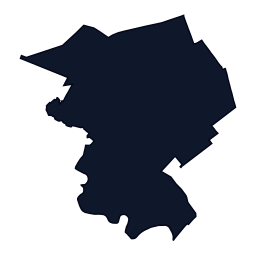 Mihaileni, Botosani, Romania
{"feature_id": "2599482B73560952630788", "entity_name": "Mihaileni", "entity_type": "district", "adm_level": 2, "iso_a3": "ROU", "parent_name": "Romania", "parent_adm1": "Botosani", "projection": "orthographic", "projection_center": [26.143, 47.957], "detail": "fine", "context": "isolated", "style": "filled", "palette": "ink", "viewbox_px": 256, "rotation_deg": 0, "n_neighbors": 0, "source": "geoboundaries", "source_scale": "gbopen_adm2", "svg_char_len": 5540}
<svg xmlns="http://www.w3.org/2000/svg" viewBox="0 0 256 256"><path d="M173.1,240.6L175.3,237.6L185.3,225.5L185.8,225.1L186.9,223.9L187.5,223.8L188.0,224.2L188.4,224.4L190.4,222.1L192.5,219.7L194.2,218.0L195.8,216.5L195.6,213.3L187.8,202.5L187.2,200.2L186.7,197.8L185.9,195.6L181.1,189.1L176.1,184.1L170.9,177.1L161.0,171.4L175.0,156.2L175.7,156.7L182.1,164.4L180.2,166.7L181.0,167.4L182.7,165.2L183.0,165.4L211.7,143.5L209.0,139.9L217.8,133.3L215.4,130.8L214.2,129.0L213.3,127.9L211.9,126.4L211.5,125.7L235.5,107.3L234.6,103.9L233.7,101.2L233.1,98.7L232.4,96.0L231.8,93.4L231.0,90.8L230.2,87.9L229.6,85.3L229.3,84.4L228.8,82.4L228.6,81.4L228.1,79.9L227.5,77.1L226.9,74.2L226.5,72.9L226.0,71.4L225.7,70.3L225.3,68.6L225.1,68.6L224.9,68.6L224.5,68.9L223.1,69.3L222.7,69.4L222.4,69.2L222.1,68.7L221.9,68.0L221.6,67.2L221.5,66.8L221.3,66.7L221.2,66.6L220.4,65.9L218.5,63.5L216.7,60.9L215.0,58.4L213.1,55.9L212.5,55.1L210.6,52.7L210.0,51.8L209.3,50.8L207.3,48.1L205.3,45.4L204.6,44.6L204.0,43.8L202.4,41.4L202.0,40.7L201.7,40.3L199.7,41.5L197.9,42.6L197.2,43.0L196.2,43.4L195.6,43.6L194.5,43.8L193.6,43.9L193.0,42.0L190.1,33.8L189.7,33.0L189.4,32.1L189.2,31.5L189.1,31.3L189.0,31.2L189.0,30.9L188.8,30.7L188.2,29.0L187.1,25.9L186.2,23.6L184.5,18.9L184.2,17.9L183.9,17.2L183.8,16.7L183.7,16.3L183.6,15.4L181.2,16.3L161.2,23.0L145.8,26.3L123.3,31.5L118.1,32.9L112.9,35.0L108.6,37.5L108.2,37.6L99.6,31.7L93.9,28.1L83.8,25.4L76.7,32.5L64.2,44.0L62.6,45.5L35.8,54.4L26.3,57.5L21.5,55.6L21.0,57.0L20.5,58.4L21.9,58.9L30.6,62.4L68.0,77.5L63.8,85.5L70.4,84.5L72.6,84.2L70.1,88.7L68.7,91.4L66.2,95.6L64.9,98.1L64.6,98.8L63.1,101.5L62.0,100.9L61.0,102.8L60.3,104.1L59.9,103.9L60.2,103.1L59.2,102.1L59.2,101.5L59.4,101.2L59.7,100.9L59.8,100.6L59.4,100.1L59.0,99.5L58.6,98.9L57.9,98.2L57.3,97.7L57.1,97.7L56.9,98.2L56.8,98.7L56.6,99.2L56.3,99.7L55.9,99.8L55.6,99.8L55.0,99.6L54.6,99.5L54.2,99.7L52.7,101.1L51.1,102.5L50.4,103.2L49.7,102.6L47.4,104.9L46.5,105.9L46.7,106.8L46.7,107.5L46.5,108.3L46.4,109.1L46.3,110.0L46.5,110.5L46.9,111.1L47.4,112.0L47.7,113.0L48.0,113.4L48.3,114.3L48.7,115.2L50.7,115.3L51.5,115.3L52.5,116.1L53.2,116.4L54.0,116.7L54.5,117.3L54.9,118.5L55.1,119.1L55.7,119.5L57.5,120.4L58.0,120.7L58.6,121.0L59.5,121.0L60.6,120.6L61.3,120.5L62.0,120.7L62.4,121.3L62.9,122.0L63.5,122.7L64.6,123.2L65.5,123.5L65.9,123.9L66.0,124.8L66.2,125.1L66.8,125.6L67.8,126.0L71.0,126.8L71.4,126.6L71.8,125.8L72.2,125.6L72.9,125.7L74.4,125.9L78.5,127.0L80.5,127.5L81.6,127.4L82.9,127.3L83.2,127.6L83.7,128.1L83.9,128.5L84.0,129.0L84.7,129.5L86.5,131.1L88.8,133.0L89.0,133.3L89.0,133.6L88.8,134.1L88.6,134.4L87.7,135.1L87.5,135.3L87.3,136.2L87.2,137.0L87.4,137.6L89.7,137.1L89.9,137.3L90.2,137.6L90.8,138.1L92.1,139.1L93.0,139.9L93.7,140.7L94.1,141.2L93.7,141.5L93.2,142.1L91.9,143.7L91.5,144.1L89.9,145.3L89.8,145.5L89.3,145.4L88.5,145.4L87.5,145.4L85.8,145.3L85.6,145.9L85.3,147.5L85.2,148.2L85.1,148.9L85.0,149.2L84.9,149.3L84.7,150.3L84.3,151.7L84.0,153.5L83.8,154.2L83.6,154.9L83.4,155.4L83.2,155.7L83.0,156.0L81.2,158.1L80.4,159.1L79.8,160.0L78.1,162.7L76.8,165.0L76.6,165.3L75.7,167.0L75.5,168.5L76.6,169.2L77.5,169.8L78.8,170.5L80.5,171.4L84.3,173.4L85.2,173.6L85.7,173.9L86.8,174.8L87.4,175.5L87.7,175.9L87.9,176.5L88.2,177.5L88.4,178.4L88.4,179.0L88.2,180.2L88.1,180.7L88.0,181.2L87.7,181.7L87.6,182.0L87.0,182.7L86.7,183.2L86.2,183.8L85.9,184.0L85.5,184.3L85.2,184.5L84.8,184.6L83.6,184.8L82.2,184.9L81.5,185.0L81.2,185.1L81.3,185.3L83.1,186.9L83.5,187.4L83.7,187.7L83.8,188.0L83.9,189.1L83.9,190.6L83.9,191.0L83.8,191.5L83.6,192.1L83.4,192.7L83.1,193.0L82.9,193.3L82.6,193.5L82.2,193.8L81.3,194.4L81.1,194.5L80.6,194.8L80.4,195.0L79.1,196.3L78.7,196.8L78.5,197.1L78.0,197.9L77.9,198.2L77.8,198.5L77.7,198.9L77.7,199.3L77.9,200.2L78.0,200.6L78.3,201.1L78.6,202.4L78.9,203.1L79.3,204.5L80.1,206.5L80.9,208.2L81.6,209.4L82.1,210.1L82.5,210.5L83.1,211.1L83.8,211.5L84.6,212.0L85.3,212.3L85.7,212.4L86.1,212.5L90.8,213.5L94.6,214.1L95.0,214.1L95.3,214.1L96.8,214.0L97.0,214.1L99.0,214.0L101.2,214.2L103.0,214.4L103.5,214.5L104.2,214.7L104.9,215.1L105.7,215.6L106.3,216.1L106.8,216.8L107.3,217.5L108.7,220.5L109.0,220.8L109.2,221.2L109.6,221.5L109.9,221.8L110.3,222.1L110.9,222.3L111.9,222.7L112.6,222.9L113.3,223.0L114.2,223.0L115.6,223.1L116.3,223.1L117.1,222.9L117.3,222.9L117.7,222.6L118.0,222.2L118.2,221.8L118.4,221.2L118.9,219.2L119.4,217.3L119.8,216.3L120.0,216.0L120.3,215.6L120.6,215.4L120.9,215.1L121.4,214.8L122.0,214.6L122.4,214.5L122.9,214.4L123.7,214.4L124.7,214.4L125.4,214.6L126.2,215.0L126.5,215.3L126.9,215.6L127.6,216.2L127.9,216.6L128.4,217.3L128.6,217.7L128.9,218.4L128.9,218.9L128.9,219.6L128.9,220.1L128.7,221.0L128.5,221.9L128.4,222.2L128.2,222.9L128.1,223.5L126.7,226.6L126.5,227.0L126.2,228.4L126.0,228.9L125.7,230.2L125.6,230.6L125.6,230.8L125.4,232.1L125.9,232.7L126.8,233.3L130.0,236.9L131.5,238.6L132.0,238.6L133.4,238.5L133.5,238.5L133.9,238.5L134.5,238.3L135.1,238.0L135.6,237.7L136.3,237.1L138.0,235.1L139.3,233.8L140.7,232.6L141.8,231.8L142.1,231.6L144.0,230.4L145.4,229.7L146.1,229.3L146.6,229.2L146.8,229.1L147.1,228.9L147.6,228.7L150.4,227.3L151.8,226.9L153.1,226.6L154.6,226.2L154.9,226.2L155.2,226.1L155.3,226.1L157.6,225.5L158.4,225.4L159.5,225.3L160.7,225.2L160.8,225.3L164.3,225.2L164.9,225.2L166.0,225.2L166.3,225.3L166.9,225.6L167.0,225.6L167.6,225.9L168.2,226.3L168.5,226.6L169.0,226.9L169.3,227.3L170.7,229.7L171.9,232.0L172.5,233.2L172.9,234.5L173.1,235.4L173.2,235.6L173.3,236.4L173.3,237.7L173.2,239.6L173.2,240.0L173.2,240.4L173.1,240.6Z" fill="#0f172a" stroke="#020617" stroke-width="1.5"/></svg>